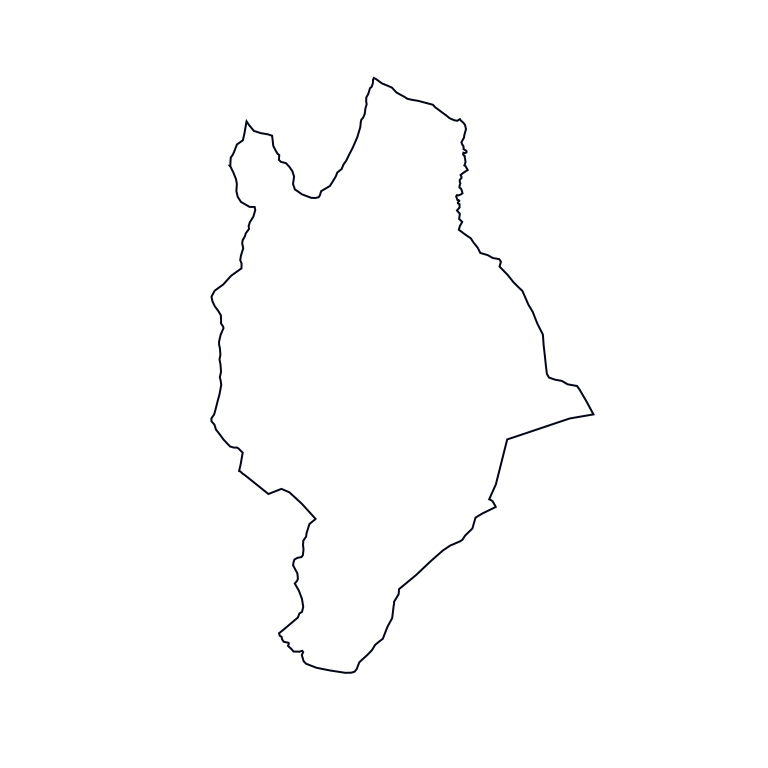 Jeadepo, River Gee, Liberia, rotated 106°
{"feature_id": "62588387B74933582499482", "entity_name": "Jeadepo", "entity_type": "district", "adm_level": 2, "iso_a3": "LBR", "parent_name": "Liberia", "parent_adm1": "River Gee", "projection": "orthographic", "projection_center": [-8.425, 5.368], "detail": "fine", "context": "isolated", "style": "outline", "palette": "ink", "viewbox_px": 768, "rotation_deg": 106, "n_neighbors": 0, "source": "geoboundaries", "source_scale": "gbopen_adm2", "svg_char_len": 4527}
<svg xmlns="http://www.w3.org/2000/svg" viewBox="0 0 768 768"><g transform="rotate(106 384 384)"><path d="M509.5,494.4L509.6,493.5L512.4,486.8L521.6,464.8L520.7,463.6L520.0,462.7L513.1,453.7L513.9,447.3L514.2,445.1L515.4,442.7L521.7,430.1L532.5,412.6L533.0,412.8L539.1,417.1L548.5,417.3L549.0,417.3L552.1,416.8L557.0,418.4L558.5,418.0L561.0,417.5L565.2,415.8L571.0,414.8L573.2,415.7L573.3,416.0L575.1,419.5L577.6,421.8L580.5,421.8L583.4,421.4L590.0,415.0L594.9,413.1L596.8,413.2L599.8,414.5L600.3,414.8L601.1,414.0L601.9,413.2L606.1,408.9L613.2,403.6L620.5,400.2L625.6,400.0L628.0,402.1L632.2,402.4L635.0,404.3L646.7,412.1L651.3,415.3L652.5,416.2L653.3,415.7L654.8,414.8L655.2,412.8L657.5,411.6L659.4,409.4L659.1,404.4L660.2,403.9L662.2,404.1L663.4,401.8L663.9,400.6L666.1,397.2L664.6,391.5L663.0,389.1L664.0,387.8L667.2,388.3L672.7,384.8L674.4,381.7L675.4,370.7L674.2,356.5L672.3,341.6L670.5,335.8L669.5,334.3L669.3,334.0L668.5,332.9L665.6,331.7L658.2,331.0L648.6,325.1L643.1,322.2L637.2,320.6L635.3,319.3L633.1,317.8L629.2,314.9L619.0,314.0L616.2,313.7L611.6,312.7L606.8,311.6L594.4,313.6L593.1,313.6L590.6,314.3L588.0,313.6L582.1,312.0L580.4,312.3L577.0,313.0L559.1,300.7L541.2,290.1L527.9,281.6L521.1,275.9L514.4,267.7L512.2,265.7L507.5,264.3L498.5,259.2L487.2,259.2L481.3,253.7L477.3,249.2L472.3,243.7L471.4,242.7L470.3,243.6L469.2,244.8L466.8,247.3L465.9,249.8L465.9,251.1L453.0,249.3L449.8,248.8L436.8,249.2L430.6,249.4L418.6,249.8L403.3,250.3L398.9,243.8L372.9,206.1L365.9,195.9L355.5,174.3L345.4,184.1L344.9,184.6L335.7,194.2L332.7,197.9L333.7,207.4L332.0,213.9L332.7,220.7L332.3,227.2L329.3,230.3L328.7,230.5L321.1,233.7L312.7,237.1L302.8,241.2L292.7,244.9L283.5,253.4L273.7,260.9L268.0,267.0L257.1,276.0L256.4,276.6L253.8,281.6L250.5,287.6L245.1,295.1L239.3,305.3L234.2,305.3L232.2,307.7L232.9,314.2L231.5,320.0L231.5,327.5L227.1,331.6L223.0,337.4L220.1,340.6L217.1,349.5L216.6,350.6L215.1,354.6L211.3,354.6L206.6,353.5L204.6,357.3L199.5,358.0L197.1,361.7L193.4,360.0L190.3,361.0L190.0,362.7L189.1,363.0L187.2,362.1L186.6,363.1L186.9,364.1L183.7,366.4L182.3,365.9L182.2,364.5L180.4,362.2L179.0,361.1L176.2,362.8L175.0,363.9L174.4,365.5L173.1,366.0L171.9,366.0L170.1,365.9L168.6,367.0L166.9,367.4L164.5,366.3L163.2,366.8L162.0,368.0L158.8,365.7L155.7,362.9L155.2,362.5L153.5,364.3L152.1,365.7L151.7,367.0L150.2,366.8L148.1,366.8L145.9,367.8L143.4,369.1L142.7,369.1L141.7,371.1L140.9,371.4L139.8,371.4L139.8,370.0L138.8,368.6L137.5,368.8L136.9,370.0L136.3,372.3L134.5,372.7L133.0,373.6L132.5,374.6L130.3,376.2L125.1,375.0L122.6,375.4L119.0,375.4L116.3,375.5L112.5,377.6L110.8,380.1L109.5,382.8L108.5,384.1L110.8,386.1L111.1,389.3L110.4,394.2L108.9,397.7L106.7,403.6L103.9,411.0L102.1,413.9L102.4,429.3L103.1,435.3L103.4,440.1L102.3,443.7L101.0,449.6L100.3,452.5L96.9,458.1L96.3,462.5L95.6,468.8L93.1,475.7L92.6,478.1L94.5,478.4L98.0,477.6L101.8,477.8L103.5,479.0L106.4,479.0L109.7,479.1L110.1,479.2L113.5,480.0L117.4,479.0L119.7,477.8L121.7,477.8L124.2,477.8L129.5,477.0L133.6,477.4L136.1,478.6L138.0,478.6L143.7,477.6L154.1,477.7L164.9,479.1L174.2,480.9L179.9,481.9L184.4,483.5L188.9,483.9L193.6,487.2L198.0,487.6L203.1,489.0L208.6,490.6L213.1,494.9L216.0,497.6L219.9,497.6L222.4,498.2L224.0,501.0L225.1,505.2L224.3,515.0L221.5,523.3L216.8,526.6L209.4,527.6L206.0,529.9L204.9,530.5L201.4,534.7L198.7,539.2L198.9,544.3L197.5,546.8L192.8,547.8L192.0,549.8L189.7,552.3L185.6,556.1L180.9,558.0L176.2,560.0L176.0,564.3L176.8,571.4L176.6,578.8L172.3,585.1L169.4,588.5L171.0,588.4L180.8,587.3L188.6,586.8L194.3,591.4L202.4,592.1L205.5,592.6L208.5,593.7L211.6,593.1L216.5,591.9L216.7,592.5L217.7,591.1L219.9,589.2L222.1,587.2L227.8,582.8L232.1,580.6L239.2,579.1L243.7,576.6L244.4,576.2L248.4,571.7L250.8,562.1L249.5,557.1L252.3,555.7L259.1,555.7L265.3,557.5L269.3,557.7L272.2,556.5L277.3,558.4L280.4,558.4L284.8,559.5L287.9,559.1L292.3,556.7L300.1,556.9L303.3,556.5L304.5,556.4L307.4,554.1L312.2,552.9L316.8,556.6L322.1,560.8L332.7,566.0L341.0,572.5L347.6,573.9L351.8,571.7L356.0,568.0L359.3,563.6L363.0,559.7L367.8,558.1L370.7,557.4L373.1,554.5L374.5,553.7L381.8,554.6L389.0,554.2L391.8,553.3L394.6,551.7L401.0,549.3L405.7,548.9L410.4,546.5L417.3,544.0L420.0,543.8L422.7,543.7L425.8,541.9L429.7,540.2L439.0,539.3L445.3,539.2L455.5,538.9L460.2,538.9L461.9,539.5L464.6,540.4L467.4,539.6L469.8,535.8L474.1,533.0L477.8,527.9L481.8,522.7L486.5,514.7L486.5,510.7L485.6,507.6L486.2,505.9L487.8,503.1L488.9,500.9L495.7,500.2L500.0,499.7L507.6,499.3L507.7,497.9L509.5,494.4Z" fill="none" stroke="#020617" stroke-width="2"/></g></svg>